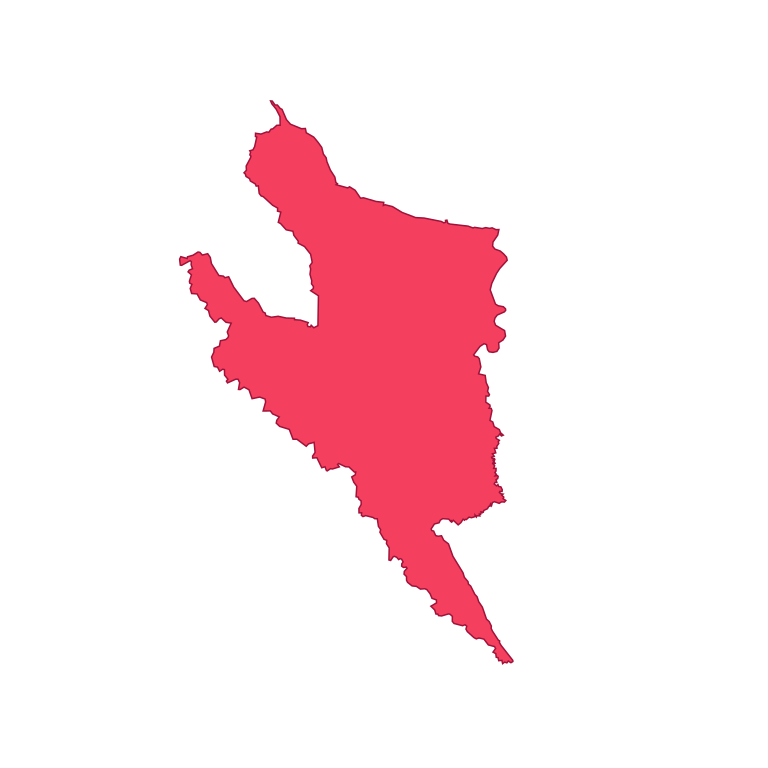 Na Yai Am, Chanthaburi, Thailand (Mercator projection), rotated 162°
{"feature_id": "78962969B31255089270993", "entity_name": "Na Yai Am", "entity_type": "district", "adm_level": 2, "iso_a3": "THA", "parent_name": "Thailand", "parent_adm1": "Chanthaburi", "projection": "mercator", "projection_center": [101.878, 12.754], "detail": "fine", "context": "isolated", "style": "filled", "palette": "rose", "viewbox_px": 768, "rotation_deg": 162, "n_neighbors": 0, "source": "geoboundaries", "source_scale": "gbopen_adm2", "svg_char_len": 6156}
<svg xmlns="http://www.w3.org/2000/svg" viewBox="0 0 768 768"><g transform="rotate(162 384 384)"><path d="M305.9,234.5L304.1,235.6L306.2,238.1L305.0,239.4L306.3,241.8L304.8,242.5L306.8,243.5L307.8,245.2L307.2,246.0L304.9,245.3L304.2,246.9L304.6,250.0L306.7,251.2L306.7,253.1L308.5,252.4L310.1,254.9L308.7,256.1L307.1,255.5L307.0,258.4L305.1,258.9L304.0,260.7L304.3,261.8L306.7,262.3L305.1,263.4L305.9,265.6L304.4,266.6L303.5,269.1L305.8,269.9L304.0,272.1L305.2,274.9L304.6,275.4L304.1,274.1L302.8,274.2L303.9,277.7L303.4,278.2L302.6,277.1L301.9,278.0L302.0,278.9L304.1,279.8L304.3,281.1L301.5,281.2L302.5,284.1L299.0,284.0L298.9,288.7L296.4,288.0L296.0,289.9L293.2,292.0L293.2,293.8L291.7,294.8L294.1,297.4L294.1,298.9L291.4,299.2L289.3,300.7L288.4,298.3L286.4,298.5L288.2,301.6L288.4,305.0L292.4,309.4L292.3,314.3L294.5,316.6L289.5,325.4L289.6,327.7L291.6,328.5L290.0,329.9L289.8,331.4L292.8,335.3L290.8,341.0L288.1,340.2L287.0,341.3L287.8,345.0L285.8,348.3L286.4,353.7L285.1,360.9L290.9,364.4L286.6,370.3L285.6,378.6L286.5,380.8L289.1,382.4L289.8,384.0L281.1,390.1L276.4,391.4L274.3,389.8L274.9,384.6L274.0,382.1L270.6,380.4L266.6,380.1L263.5,382.6L262.2,387.8L257.2,389.1L253.6,392.0L252.8,397.5L259.7,405.4L259.9,409.5L258.1,412.4L255.0,414.6L247.1,415.4L245.5,416.5L245.2,418.0L246.6,420.6L251.3,423.2L253.3,425.6L253.9,440.7L250.4,446.4L242.8,454.4L238.2,458.1L228.6,463.6L228.3,466.8L230.1,470.9L232.4,474.6L236.8,478.0L238.1,481.5L236.5,485.3L229.8,490.5L227.0,495.4L229.8,496.2L232.9,499.1L235.5,499.4L238.9,501.3L242.5,501.5L249.4,505.0L251.1,504.9L255.3,508.2L272.0,515.8L273.6,517.1L273.5,520.4L275.0,520.6L275.4,518.7L277.3,518.8L279.3,520.9L294.5,529.4L302.5,532.5L313.7,541.5L321.1,550.1L327.5,554.1L329.4,554.0L328.1,556.8L335.2,560.1L345.9,567.4L348.9,568.0L351.6,577.2L355.8,582.2L357.9,581.7L367.9,588.3L366.4,588.9L367.5,590.5L366.8,596.0L368.9,604.0L369.6,613.0L369.1,617.1L370.6,621.4L370.1,628.2L372.1,634.4L374.5,640.5L380.3,647.0L379.8,651.3L383.6,652.3L392.7,660.0L395.1,665.6L396.1,676.7L397.6,678.2L399.2,682.3L401.4,683.0L402.8,687.6L404.4,688.3L404.1,685.1L401.6,678.6L400.3,670.4L402.8,662.2L406.0,663.2L411.0,661.0L412.6,661.3L415.8,659.0L417.7,660.0L423.7,659.7L428.7,662.2L429.8,659.1L428.7,658.2L433.7,649.7L436.3,647.2L439.6,647.3L439.2,645.8L440.8,643.3L440.1,641.9L441.0,640.4L447.7,633.9L448.8,629.8L451.9,628.1L451.0,626.5L451.1,624.0L448.4,620.9L448.4,618.4L444.6,614.1L444.4,611.7L442.3,611.3L443.8,603.8L442.8,600.9L440.9,599.4L434.7,588.4L430.8,584.2L431.9,581.3L429.0,579.4L434.6,570.4L432.8,568.6L429.4,560.9L423.4,557.4L423.8,553.2L421.4,546.4L422.2,544.5L417.1,539.3L413.7,530.1L414.7,521.8L418.1,519.3L418.2,516.1L420.5,511.2L420.8,504.6L422.0,501.7L421.0,498.4L421.9,496.5L424.9,495.4L419.1,488.2L428.8,459.9L433.4,459.2L435.1,462.4L436.3,461.1L438.7,462.3L438.6,464.3L437.1,465.8L443.8,470.6L449.2,472.8L448.8,474.2L456.5,476.9L463.7,481.1L470.5,482.3L475.2,485.6L475.1,488.3L476.7,489.8L478.4,499.7L480.9,505.6L483.2,506.2L489.2,504.9L491.5,506.4L497.0,522.6L498.6,534.0L502.5,534.3L503.4,536.2L507.5,538.2L510.9,551.8L510.1,558.0L511.4,562.4L517.0,562.8L518.4,566.1L520.1,567.0L525.8,565.5L531.6,565.7L532.4,564.2L537.9,567.9L539.8,565.9L541.0,560.0L539.8,559.4L530.3,561.2L529.4,559.9L530.6,557.0L530.5,552.8L534.1,552.5L535.7,551.2L533.4,547.3L537.3,541.9L537.6,540.0L535.9,538.2L538.8,534.7L539.0,529.5L533.9,527.4L532.7,520.7L527.5,516.2L527.5,514.0L530.9,511.2L528.2,508.1L528.6,502.4L525.8,495.0L524.4,494.8L520.8,496.9L518.4,497.2L515.2,491.5L510.5,489.1L517.0,481.9L516.9,477.9L518.0,476.4L520.8,475.1L526.2,475.7L528.8,470.9L534.6,470.4L536.0,466.8L539.7,462.9L540.1,453.1L537.1,451.5L536.4,446.9L532.8,447.9L531.3,447.0L532.9,441.7L531.0,436.8L533.0,435.4L532.5,433.4L523.4,434.4L521.3,433.6L520.9,429.9L524.1,423.8L522.6,423.2L518.1,424.3L514.2,420.3L514.0,410.8L506.3,410.0L501.7,406.4L502.2,403.4L507.3,395.7L500.4,393.5L499.2,390.0L493.8,385.1L497.2,382.6L498.6,380.1L496.3,375.9L488.1,370.1L487.6,359.6L483.9,358.4L477.2,348.8L474.3,350.4L468.5,350.1L470.7,340.2L474.2,337.5L474.7,335.6L470.6,334.6L469.1,323.6L465.7,323.5L465.5,319.5L464.8,318.9L461.0,320.0L459.3,319.1L452.1,319.0L453.0,321.9L451.7,322.4L446.2,317.2L443.0,316.0L439.4,309.4L438.1,309.0L439.5,306.5L443.4,305.6L443.1,299.9L441.5,295.2L445.4,285.4L443.5,284.3L443.5,282.3L441.9,279.9L442.9,276.5L446.3,273.4L447.6,269.2L445.1,268.4L446.1,266.1L445.0,264.4L442.1,264.5L435.6,260.4L434.4,258.7L432.0,257.9L433.3,250.3L432.2,246.5L433.7,244.3L432.0,236.3L429.7,234.4L431.0,231.4L429.7,226.5L433.7,215.1L432.2,214.1L428.6,216.9L427.4,216.9L425.5,215.3L424.3,212.5L422.6,212.9L421.4,211.9L420.8,208.9L422.6,207.6L423.5,205.3L422.2,203.5L419.4,203.0L419.0,201.7L422.6,199.5L423.7,196.9L422.1,193.9L423.2,190.4L422.9,188.1L419.7,183.3L415.7,181.5L412.8,177.7L408.6,176.7L406.8,175.3L405.0,170.3L404.6,165.3L400.9,162.5L401.7,159.6L408.1,158.2L405.6,153.4L405.7,149.2L403.9,148.5L403.7,146.9L400.9,145.6L393.8,145.4L392.4,144.7L390.8,141.9L392.4,137.2L391.4,134.6L383.9,129.8L381.3,130.0L380.1,128.1L381.8,125.6L381.3,122.8L376.9,115.1L375.0,113.1L372.2,113.1L367.8,110.5L365.4,103.6L360.0,100.1L359.6,98.0L363.2,95.3L361.0,93.0L361.7,89.4L360.1,88.5L360.4,85.4L357.3,84.7L357.6,81.4L355.2,82.2L353.3,80.8L351.4,82.1L349.4,79.7L347.2,80.2L346.9,81.4L353.4,99.2L354.1,102.3L353.4,103.9L354.4,105.0L357.2,115.4L357.6,118.5L356.7,120.6L357.4,125.6L359.2,128.7L359.4,141.4L361.2,147.7L361.2,152.8L362.6,155.9L364.0,165.1L365.5,167.5L365.2,170.2L367.3,175.3L367.2,180.1L371.7,198.8L372.1,212.0L375.5,217.0L376.2,221.9L379.6,222.5L381.7,223.9L382.2,228.8L383.9,229.9L383.9,231.6L379.3,235.3L374.5,235.0L372.5,237.1L369.8,237.8L364.2,235.5L363.4,233.7L362.4,233.4L363.1,232.7L362.3,231.7L360.2,233.0L357.0,227.1L353.7,228.4L350.5,231.0L349.5,229.6L348.6,230.2L347.5,229.6L344.3,231.1L342.1,229.8L338.4,229.7L337.9,231.2L337.2,229.0L336.4,230.0L333.6,228.9L333.6,230.7L332.4,230.2L332.2,231.3L330.7,231.2L331.0,232.3L329.2,231.4L328.1,232.9L324.2,233.4L322.2,235.2L320.3,235.1L320.7,235.8L319.7,237.0L319.3,235.1L317.5,237.8L315.3,237.9L311.3,234.9L308.7,235.6L305.9,234.5Z" fill="#f43f5e" stroke="#9f1239" stroke-width="1.5"/></g></svg>